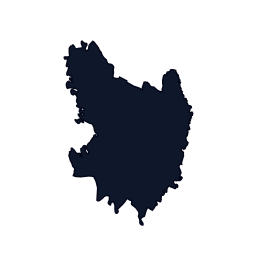 the district of Ricaurte, Cundinamarca, Colombia, rotated 342°
{"feature_id": "7082276B32773092643387", "entity_name": "Ricaurte", "entity_type": "district", "adm_level": 2, "iso_a3": "COL", "parent_name": "Colombia", "parent_adm1": "Cundinamarca", "projection": "equal_earth", "projection_center": [-74.719, 4.31], "detail": "fine", "context": "isolated", "style": "filled", "palette": "ink", "viewbox_px": 256, "rotation_deg": 342, "n_neighbors": 0, "source": "geoboundaries", "source_scale": "gbopen_adm2", "svg_char_len": 5760}
<svg xmlns="http://www.w3.org/2000/svg" viewBox="0 0 256 256"><g transform="rotate(342 128 128)"><path d="M190.6,87.6L188.6,86.4L186.7,85.9L186.3,86.0L185.3,87.4L182.7,87.0L180.7,89.1L179.4,88.8L178.0,89.4L175.8,93.3L174.8,96.5L174.5,98.8L172.4,102.0L172.3,103.5L172.0,104.0L170.2,103.5L169.0,102.7L167.3,100.8L165.2,97.1L162.8,96.1L161.7,94.1L161.7,92.9L160.5,90.6L159.5,90.4L159.1,89.8L158.7,90.0L157.6,89.4L154.4,93.6L153.6,96.2L151.1,93.6L146.3,90.0L140.8,84.0L141.4,82.8L135.8,77.1L135.2,77.9L133.1,77.8L131.1,76.8L130.1,76.0L129.2,76.0L130.0,73.2L131.3,70.8L131.9,68.0L133.1,65.8L133.1,65.0L132.7,63.6L131.9,62.5L128.9,60.8L128.4,60.0L128.3,56.1L127.4,55.0L126.3,52.5L125.8,50.2L125.8,47.9L124.8,45.2L124.5,42.2L124.0,41.2L123.9,40.2L123.1,38.6L122.3,36.0L121.3,34.7L117.1,37.0L116.1,38.2L115.0,40.7L113.7,41.6L112.4,41.9L111.8,41.3L111.7,39.3L113.3,37.3L114.5,36.4L114.8,35.1L114.4,34.6L113.3,34.3L112.1,33.1L111.1,31.2L110.6,31.3L110.3,31.7L109.8,33.2L109.7,34.4L110.0,35.5L109.7,37.0L108.9,37.6L106.8,37.4L106.1,37.0L104.0,37.0L102.7,36.6L102.5,36.3L102.1,33.9L101.4,32.1L100.8,32.0L100.2,32.8L98.9,32.4L96.8,34.0L95.3,38.8L95.1,41.1L94.2,41.7L92.8,41.9L89.8,40.9L89.3,41.0L89.1,41.4L89.1,42.2L89.4,43.0L91.4,43.2L91.8,43.7L90.8,46.1L88.6,49.6L88.6,50.0L88.8,50.6L89.2,50.8L91.1,50.9L91.2,51.1L88.6,54.8L87.3,56.2L86.4,58.2L86.6,59.0L87.9,59.1L88.4,59.4L89.0,60.4L89.7,60.8L90.4,62.1L90.5,63.2L90.1,63.8L89.7,63.6L88.3,62.5L87.7,63.1L87.6,64.3L88.8,65.2L89.3,66.1L89.0,66.9L87.8,66.8L86.7,66.2L86.0,65.3L84.9,65.4L83.4,66.5L82.8,67.8L82.5,69.1L82.5,71.0L82.8,71.6L85.2,71.6L91.0,74.6L92.0,75.8L92.2,77.5L91.5,78.1L91.0,78.0L89.2,76.7L87.5,74.6L86.7,74.2L85.9,74.2L84.9,75.5L84.8,76.9L84.9,78.2L86.0,79.5L87.8,79.2L88.6,79.9L89.3,82.6L89.1,83.5L87.4,86.6L87.4,87.7L87.9,89.3L87.8,90.0L87.4,90.5L86.2,90.7L86.0,91.5L87.9,93.6L88.8,95.1L89.3,95.3L90.3,94.7L91.2,94.9L92.1,95.8L92.3,96.6L92.0,97.2L90.3,97.3L89.7,97.1L88.5,95.9L87.5,95.8L86.9,97.0L87.2,98.8L90.3,100.5L90.1,101.4L89.0,102.1L88.0,101.4L87.3,99.9L85.0,99.6L84.9,100.3L85.3,102.2L85.9,103.3L85.9,104.1L84.9,104.7L83.3,104.5L82.1,105.2L80.7,103.9L80.4,103.8L80.2,104.3L80.7,106.1L81.9,108.1L83.1,108.3L84.8,107.3L85.6,107.3L86.7,108.6L87.3,108.9L87.4,108.2L86.2,106.6L86.4,106.3L87.6,106.2L92.6,111.2L95.4,113.3L95.9,116.9L95.4,120.1L95.5,121.7L96.9,124.6L96.8,125.7L96.3,126.3L95.5,126.4L95.0,125.9L95.0,124.8L94.7,124.3L93.4,124.5L92.4,126.2L91.4,126.5L87.2,130.0L85.7,130.4L83.1,132.7L82.5,133.6L82.2,134.5L82.4,135.7L83.2,137.6L83.2,138.5L82.1,140.4L81.7,140.5L81.1,140.1L80.4,136.8L80.8,134.3L82.1,132.4L81.8,131.6L81.1,131.3L80.2,131.3L79.4,131.8L78.6,132.8L77.2,133.0L76.6,133.4L75.5,140.2L75.0,141.2L74.5,140.9L74.2,139.9L74.3,139.3L74.8,138.6L74.8,137.8L73.9,137.1L71.5,136.6L70.6,134.8L69.8,132.2L68.5,129.9L67.9,129.8L67.1,131.9L66.4,132.6L65.1,132.6L64.7,134.0L63.4,135.8L63.2,141.1L63.8,144.8L63.6,147.1L64.7,149.5L64.8,150.7L63.8,152.1L63.2,153.9L61.3,156.4L63.3,157.9L68.1,159.8L75.5,161.3L78.8,162.6L80.1,163.4L80.6,164.4L80.8,165.6L81.2,169.2L80.7,175.6L76.2,187.1L76.8,187.9L78.3,188.2L81.7,187.0L84.6,185.5L87.0,185.6L88.7,186.5L89.1,187.5L89.0,188.3L87.8,191.0L86.2,192.8L86.1,193.9L86.8,195.3L87.5,195.7L88.5,194.1L89.1,193.7L90.3,193.5L91.4,193.7L91.6,194.0L91.8,197.6L90.7,200.6L90.0,203.7L90.0,204.7L90.6,205.5L91.7,205.5L92.5,204.8L92.8,204.2L92.9,202.6L93.4,201.7L99.1,199.0L102.0,197.2L105.0,194.8L106.5,195.6L107.2,196.9L109.0,198.0L109.0,199.0L108.2,200.5L107.9,201.9L110.8,206.2L112.4,210.9L112.0,213.1L110.7,215.1L110.9,218.8L110.0,222.1L110.2,223.1L110.9,224.2L112.1,224.8L112.6,224.0L112.6,222.9L111.7,219.4L112.0,218.2L114.0,217.1L115.9,217.1L116.4,216.8L119.7,212.0L121.7,209.9L122.5,209.8L124.0,211.8L125.8,213.7L128.4,211.9L129.4,210.6L131.8,210.1L132.1,209.6L132.3,208.3L131.7,207.5L131.7,207.0L132.3,206.4L133.7,206.4L135.2,207.4L135.7,208.1L136.4,207.9L137.6,205.9L137.4,205.4L138.5,203.4L138.6,202.5L138.8,202.2L139.3,201.7L139.9,202.0L140.2,202.7L140.9,202.7L142.4,201.5L142.4,200.8L141.3,199.8L142.3,198.5L142.8,198.7L144.2,200.8L144.8,200.9L145.2,200.4L145.9,198.4L146.8,197.1L149.4,195.5L150.6,197.3L151.8,198.1L154.0,200.1L154.6,200.1L155.7,198.5L156.1,198.6L156.4,199.4L156.7,199.6L157.4,198.5L157.3,197.2L156.7,196.6L155.4,196.6L154.5,195.1L154.4,193.6L155.1,192.4L156.3,192.2L157.8,193.1L159.5,193.2L160.3,193.8L161.2,193.9L162.2,193.6L164.0,192.3L164.0,191.7L163.5,190.9L163.0,190.9L162.6,191.3L162.2,192.6L161.5,192.6L161.0,191.5L161.6,190.5L162.6,189.7L163.4,187.9L164.1,187.6L164.5,186.9L164.6,185.1L164.3,181.7L164.4,180.3L166.0,178.4L166.8,178.5L167.8,179.1L168.1,177.5L172.3,171.3L172.3,169.8L173.0,168.9L173.0,168.1L172.4,166.9L171.7,166.2L171.9,165.4L173.7,163.1L174.0,163.4L174.5,165.4L176.0,165.2L177.2,163.3L178.6,162.8L179.9,161.4L180.5,160.4L179.8,159.1L179.6,158.0L179.6,156.5L180.1,154.8L181.0,153.9L181.8,153.6L183.5,150.8L183.8,149.9L183.8,147.9L186.0,148.4L186.4,147.8L186.4,143.4L186.9,142.9L188.2,142.7L188.4,142.2L188.2,141.7L188.4,140.7L188.6,140.4L189.3,140.4L189.6,140.1L189.8,138.4L190.6,138.6L191.2,137.4L191.6,137.2L191.5,136.3L191.7,136.0L193.0,135.8L194.1,134.0L193.7,132.6L192.2,132.8L191.3,132.1L191.3,131.2L192.5,129.9L192.9,128.7L193.2,128.4L194.4,128.3L194.7,127.8L194.7,127.1L194.2,126.4L192.8,125.5L191.8,124.5L192.1,123.3L191.6,122.0L192.5,120.5L192.2,119.1L192.2,118.0L191.8,117.7L190.8,118.2L190.3,117.1L191.0,114.5L190.7,113.4L190.1,113.0L190.2,111.9L189.7,110.9L189.8,110.5L190.4,110.8L190.8,110.5L190.7,109.9L189.9,108.8L190.6,106.7L190.2,104.8L190.6,102.3L191.9,101.0L191.8,100.6L191.1,100.7L190.3,99.5L191.4,99.5L192.1,98.5L191.5,96.9L191.8,96.1L191.7,94.4L192.1,93.4L191.8,92.9L191.1,92.5L191.4,91.1L190.7,89.6L191.2,88.5L190.6,87.6Z" fill="#0f172a" stroke="#020617" stroke-width="1.5"/></g></svg>